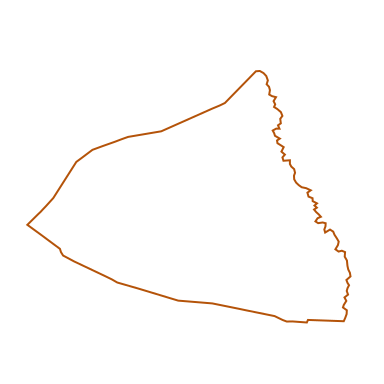 outline of Canarana, Bahia, Brazil, rotated 93°
{"feature_id": "56859067B18053238109826", "entity_name": "Canarana", "entity_type": "district", "adm_level": 2, "iso_a3": "BRA", "parent_name": "Brazil", "parent_adm1": "Bahia", "projection": "robinson", "projection_center": [-41.717, -11.766], "detail": "fine", "context": "isolated", "style": "outline", "palette": "amber", "viewbox_px": 384, "rotation_deg": 93, "n_neighbors": 0, "source": "geoboundaries", "source_scale": "gbopen_adm2", "svg_char_len": 1682}
<svg xmlns="http://www.w3.org/2000/svg" viewBox="0 0 384 384"><g transform="rotate(93 192 192)"><path d="M286.3,30.8L282.7,32.3L279.7,31.6L276.9,30.3L274.7,31.9L271.8,33.2L268.0,29.3L264.4,30.1L261.2,31.9L257.6,32.9L252.3,33.7L248.6,36.1L244.0,36.0L242.8,39.3L243.8,42.5L241.7,45.8L237.4,43.5L233.9,42.9L230.9,44.8L227.2,47.5L224.2,48.9L222.3,52.2L225.5,56.9L222.5,57.9L219.3,56.9L216.2,56.9L215.6,59.9L216.5,64.4L214.9,67.2L211.6,65.2L210.0,62.0L207.7,64.3L205.6,66.9L203.1,69.2L201.1,66.5L199.1,69.0L196.8,66.6L194.8,71.0L191.9,71.3L190.5,75.4L186.6,76.7L184.1,73.5L182.2,78.2L181.5,82.7L179.6,85.7L177.2,88.5L174.0,90.6L170.4,91.0L167.4,90.1L163.8,91.2L161.4,94.2L158.9,95.7L155.2,95.9L156.0,102.3L152.7,103.5L149.8,101.2L147.0,104.8L142.4,102.8L140.9,105.4L138.8,109.2L136.1,109.8L134.1,107.1L131.5,112.1L129.0,113.0L126.4,114.6L124.3,111.2L124.2,108.0L120.9,109.6L118.8,106.9L114.3,107.7L111.3,105.7L107.6,107.4L104.6,111.3L102.8,114.5L100.1,113.5L97.0,115.3L92.9,113.1L92.1,117.1L90.6,120.0L86.2,119.5L82.9,120.6L80.5,123.1L76.6,122.1L72.3,123.9L69.5,126.8L67.6,130.6L68.1,134.5L101.4,163.8L104.2,168.9L107.7,176.2L133.0,225.9L140.3,258.6L141.9,262.5L143.3,265.8L145.9,271.7L150.6,283.1L155.1,293.6L163.8,304.0L168.0,309.1L205.3,330.2L213.9,337.2L217.5,340.3L219.7,342.1L222.1,344.4L233.4,354.7L242.8,340.3L255.7,320.9L258.9,319.7L262.2,317.4L267.5,306.1L280.7,274.0L283.4,267.6L286.3,261.9L291.3,240.3L301.2,200.1L302.2,165.9L306.2,138.9L307.3,131.9L311.6,103.0L315.1,94.7L316.4,90.6L316.0,85.0L316.3,70.5L313.7,69.5L313.1,33.7L309.7,32.4L305.8,31.2L302.0,31.2L299.4,35.2L296.8,34.5L292.7,32.2L289.3,34.2L286.3,30.8Z" fill="none" stroke="#b45309" stroke-width="2"/></g></svg>